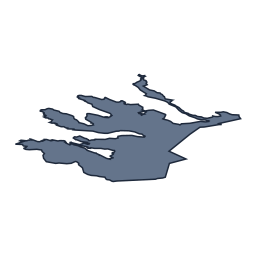 Berg nor, Troms, Norway (Equal Earth projection)
{"feature_id": "86288312B25142202859534", "entity_name": "Berg nor", "entity_type": "district", "adm_level": 2, "iso_a3": "NOR", "parent_name": "Norway", "parent_adm1": "Troms", "projection": "equal_earth", "projection_center": [17.457, 69.45], "detail": "fine", "context": "isolated", "style": "filled", "palette": "slate", "viewbox_px": 256, "rotation_deg": 0, "n_neighbors": 0, "source": "geoboundaries", "source_scale": "gbopen_adm2", "svg_char_len": 5796}
<svg xmlns="http://www.w3.org/2000/svg" viewBox="0 0 256 256"><path d="M139.3,74.5L138.8,74.7L138.9,74.9L138.3,75.5L141.8,77.5L140.6,79.0L141.1,79.4L141.1,79.9L139.8,81.0L136.7,82.3L135.8,83.0L134.4,83.7L133.3,83.7L133.0,84.1L133.6,84.8L135.0,85.3L138.2,87.4L140.3,90.0L146.3,93.7L145.9,94.1L145.8,95.0L144.7,95.6L146.3,96.0L148.0,96.8L155.3,98.2L164.3,100.8L166.7,101.8L168.6,103.2L169.1,104.1L175.8,106.9L179.1,110.4L182.3,112.7L185.8,113.7L189.3,115.9L195.1,117.8L197.3,118.9L201.8,119.8L205.3,119.9L207.4,120.7L208.7,120.7L209.0,120.9L208.6,121.1L208.7,121.5L205.4,121.9L200.4,121.4L189.9,123.3L181.3,123.8L180.5,124.7L179.6,124.8L178.9,124.4L173.1,123.4L170.6,121.4L167.7,120.2L163.1,119.1L163.0,118.9L163.8,118.8L163.2,118.7L164.5,117.7L164.6,116.9L165.1,116.4L165.3,115.1L165.7,114.9L165.2,114.3L153.4,110.0L148.8,110.3L145.0,111.0L144.7,111.3L146.1,112.0L143.5,114.1L143.8,114.2L141.8,114.6L142.8,114.6L141.4,115.2L141.2,114.8L142.0,114.1L140.5,113.8L140.8,113.6L138.9,113.5L138.4,112.7L143.4,111.4L143.1,111.1L143.7,110.5L142.7,110.2L143.5,110.0L142.5,110.1L142.1,109.8L142.9,108.9L142.5,108.1L142.8,107.3L138.8,105.1L138.4,104.2L130.4,104.6L127.7,104.1L126.5,104.5L125.4,104.2L125.6,104.1L124.7,103.4L125.0,103.4L124.5,103.3L124.8,102.9L126.1,103.1L124.9,102.8L125.0,102.2L122.3,100.8L121.0,100.8L120.8,101.5L118.6,102.2L116.4,102.1L109.5,99.5L105.5,97.5L105.0,97.5L104.7,97.9L105.1,98.0L103.9,99.3L101.6,99.5L94.5,97.4L93.4,97.4L91.8,96.4L85.2,96.5L81.2,95.4L79.2,95.4L77.9,95.8L77.5,96.4L78.1,96.7L77.6,97.2L79.1,97.9L78.5,98.2L78.6,98.5L84.6,100.4L84.2,100.7L85.0,101.3L86.4,101.7L87.7,102.8L91.9,104.2L92.7,106.5L99.5,109.6L109.4,113.1L110.4,113.6L111.9,115.5L111.0,115.8L111.2,116.0L110.3,116.7L108.9,117.3L107.8,117.3L107.6,116.9L107.3,116.9L107.9,117.6L107.3,117.6L103.9,117.3L106.6,116.7L103.5,117.1L98.0,115.3L89.3,113.6L87.4,113.6L86.8,114.0L87.0,116.0L85.9,117.2L86.0,117.6L85.4,117.8L85.7,119.2L91.2,122.3L91.0,123.0L92.6,123.2L93.3,123.8L93.0,124.4L93.4,124.9L91.2,125.5L87.9,125.7L83.9,123.8L78.8,122.6L78.7,121.9L76.6,119.9L74.6,119.1L73.9,118.3L73.6,116.5L71.9,115.6L66.4,113.8L62.8,113.5L60.0,112.4L59.1,111.3L53.8,110.0L52.6,109.1L48.9,108.4L47.2,108.7L45.1,109.7L41.2,109.8L40.5,110.3L40.7,110.8L39.7,111.1L41.9,111.4L44.1,112.7L44.3,113.2L43.5,113.6L43.8,114.3L45.6,115.3L44.3,115.8L45.7,116.4L45.7,116.8L45.2,116.9L45.1,117.1L44.3,117.2L45.7,117.9L48.0,118.0L48.7,118.8L50.2,119.0L50.4,119.4L51.7,119.5L51.9,120.0L52.4,120.0L51.2,121.8L49.6,122.4L51.8,123.1L54.8,123.1L55.1,123.2L54.6,123.4L55.2,123.8L57.8,124.1L55.6,124.5L57.9,125.1L58.1,125.3L57.6,125.5L61.1,126.7L64.0,126.7L65.5,127.7L67.9,128.1L67.8,128.4L67.1,128.3L67.1,128.6L67.9,128.9L74.0,129.1L74.6,129.6L74.0,129.9L74.8,130.0L92.9,131.1L98.4,132.6L104.6,133.3L107.7,133.3L116.3,131.2L118.9,131.1L120.4,130.6L128.9,130.8L134.7,131.9L139.3,133.8L142.0,134.1L143.6,135.6L144.9,136.0L145.0,136.5L144.5,137.0L143.3,137.1L137.4,136.6L131.9,135.4L121.8,135.6L118.0,136.3L117.8,137.2L118.1,137.9L115.4,138.7L109.5,138.3L105.3,139.4L95.1,139.3L94.5,139.5L94.6,139.9L91.5,140.0L89.7,140.6L88.7,140.4L88.4,139.7L87.5,139.5L86.7,138.7L84.7,138.3L79.8,136.0L76.5,137.1L74.7,136.8L73.6,137.5L73.8,137.9L73.5,138.1L75.2,139.3L76.4,139.5L75.7,139.6L75.9,139.8L76.7,139.7L81.3,141.6L87.2,142.3L86.5,143.1L87.4,143.5L88.7,143.2L89.0,143.3L88.5,143.6L89.7,143.9L87.6,144.3L82.6,142.5L83.6,143.1L82.7,143.7L79.5,144.6L71.7,142.7L71.2,142.2L69.5,142.6L73.2,143.4L75.0,144.7L79.6,145.1L81.1,145.8L82.0,145.7L86.6,146.7L87.9,147.1L87.8,147.5L86.9,147.3L87.8,148.2L90.3,148.3L90.1,147.9L90.8,147.7L94.5,148.4L100.9,148.4L104.8,149.1L107.8,148.9L112.9,150.4L114.5,150.5L114.8,151.3L113.8,152.6L112.4,152.6L112.1,153.1L113.3,153.9L112.9,154.2L113.0,154.5L110.2,156.1L111.6,157.2L113.6,157.8L111.3,158.1L111.1,158.5L109.4,158.8L109.6,159.1L106.6,158.4L100.3,155.2L99.5,155.3L99.6,154.9L96.2,153.4L96.2,153.1L94.5,152.9L87.1,150.3L87.1,150.0L84.6,148.1L80.5,146.9L78.0,145.7L73.9,144.8L72.6,144.1L69.8,143.8L69.5,143.9L70.2,144.0L70.4,144.4L69.9,144.9L65.9,143.0L66.1,142.6L64.9,142.1L65.5,141.7L64.9,141.0L63.9,140.7L59.9,140.6L58.0,141.0L52.2,139.8L51.9,139.9L52.9,140.4L50.9,140.8L46.7,139.5L44.2,139.4L44.2,139.8L43.1,140.2L43.9,140.5L42.3,141.2L40.8,141.1L39.9,141.7L37.6,141.6L33.0,139.9L32.0,140.1L31.8,139.4L30.5,139.1L30.9,139.7L30.7,139.9L30.1,139.7L29.6,140.2L28.8,140.1L26.6,140.8L21.0,140.2L19.9,140.8L23.2,141.6L15.4,144.2L22.6,144.5L23.0,145.5L23.6,146.0L26.9,146.4L26.3,147.2L23.9,148.3L24.1,148.7L25.9,149.4L29.3,149.7L36.8,149.3L41.6,150.0L42.1,151.5L44.4,153.5L43.0,155.3L43.6,158.3L46.3,161.7L55.7,163.4L59.0,163.0L66.8,163.7L71.2,163.3L75.3,161.5L76.6,161.7L78.8,163.3L78.5,164.2L78.9,165.0L82.4,167.7L83.8,172.4L87.6,174.4L91.2,175.4L96.8,175.8L99.2,176.5L105.0,177.2L105.7,178.7L106.9,179.6L109.6,179.9L111.9,181.2L113.2,181.5L116.9,181.0L155.5,179.2L157.4,178.5L162.6,178.0L165.3,177.2L169.4,163.4L186.0,159.0L169.0,151.2L190.1,134.1L200.0,127.2L204.3,127.0L218.9,124.6L221.6,124.6L219.0,123.5L240.6,118.7L239.1,116.7L238.8,115.0L232.1,114.7L229.6,113.9L226.8,112.5L223.3,111.8L220.7,112.3L215.1,112.3L218.9,113.9L220.4,115.0L220.7,116.0L217.7,116.6L215.0,116.5L212.9,116.0L213.1,116.6L212.0,117.2L207.3,118.3L203.8,118.0L201.4,116.9L197.5,116.5L195.3,115.4L192.9,115.3L189.3,114.2L188.3,113.4L184.3,112.3L183.6,111.1L181.6,110.0L178.9,107.5L175.6,105.8L175.0,105.2L170.7,103.5L170.0,102.3L170.1,102.0L171.7,101.0L171.7,100.4L172.4,100.1L165.2,98.9L164.4,96.6L163.6,96.3L162.3,94.6L160.5,93.7L160.1,93.0L157.1,92.7L154.2,90.9L149.5,89.9L143.3,86.1L147.2,84.7L146.1,83.3L146.9,82.1L145.8,80.9L145.9,80.6L143.9,80.0L142.9,78.8L143.4,78.6L143.3,78.2L144.2,77.9L143.6,77.8L143.5,77.1L145.1,76.3L144.6,76.1L144.6,75.6L142.7,75.9L140.9,75.5L139.3,74.5Z" fill="#64748b" stroke="#1e293b" stroke-width="1.5"/></svg>